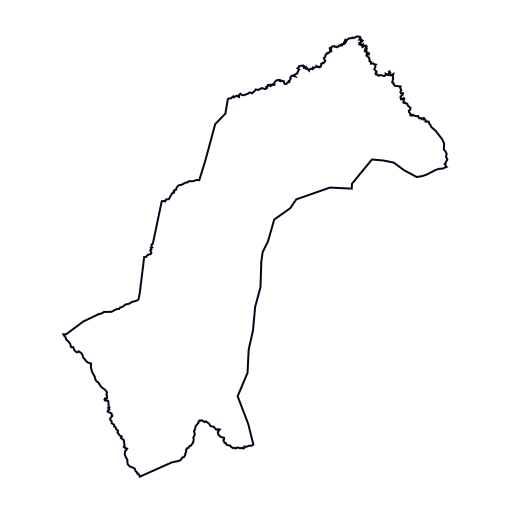 Bunkpurugu Nakpanduri, Northern, Ghana (Mercator projection), rotated 266°
{"feature_id": "2480657B78318361422462", "entity_name": "Bunkpurugu Nakpanduri", "entity_type": "district", "adm_level": 2, "iso_a3": "GHA", "parent_name": "Ghana", "parent_adm1": "Northern", "projection": "mercator", "projection_center": [0.012, 10.509], "detail": "fine", "context": "isolated", "style": "outline", "palette": "ink", "viewbox_px": 512, "rotation_deg": 266, "n_neighbors": 0, "source": "geoboundaries", "source_scale": "gbopen_adm2", "svg_char_len": 5994}
<svg xmlns="http://www.w3.org/2000/svg" viewBox="0 0 512 512"><g transform="rotate(266 256 256)"><path d="M463.5,359.4L462.2,359.5L462.5,358.6L461.2,358.3L461.4,356.7L460.2,356.5L460.5,355.1L460.0,355.1L460.1,353.5L459.1,352.9L459.2,351.9L458.7,351.1L459.3,350.4L459.1,349.3L460.0,348.7L459.5,346.3L458.3,345.7L458.6,344.8L458.1,344.0L456.5,344.5L456.8,345.1L455.0,345.4L455.1,344.0L454.1,343.5L453.3,342.3L453.6,341.2L452.4,340.7L452.2,339.6L449.6,338.8L448.8,337.4L445.6,338.7L443.8,336.8L444.0,335.9L443.3,335.7L443.1,334.4L441.4,334.2L440.1,333.5L439.8,332.3L440.4,332.2L440.4,330.9L441.3,329.6L440.3,329.5L440.0,327.4L438.8,325.9L439.6,325.7L438.6,325.0L439.0,323.7L438.1,322.1L437.3,321.8L439.6,320.2L439.1,319.7L440.0,318.0L441.0,318.5L440.6,316.9L441.6,316.9L442.1,316.0L442.5,316.7L442.8,316.4L442.4,312.3L441.7,312.2L440.3,310.5L439.0,312.1L436.3,310.1L435.4,310.0L433.8,306.4L432.5,307.5L433.4,304.5L432.6,303.3L431.5,302.7L430.9,303.1L428.4,301.6L428.2,300.9L427.3,301.3L426.5,298.9L425.6,298.4L425.6,296.6L427.0,295.9L428.3,296.1L429.1,293.8L428.5,293.0L429.0,291.8L429.9,292.0L430.1,290.4L429.7,288.6L428.0,286.7L426.8,286.2L425.5,286.4L425.4,285.2L426.2,284.5L425.4,283.0L424.9,283.2L424.5,282.5L425.4,281.9L425.2,281.3L425.9,281.4L425.6,279.6L423.5,278.8L423.6,278.1L422.6,278.4L421.9,276.7L423.1,273.6L421.5,269.7L422.2,267.4L420.5,266.0L418.5,263.3L419.3,262.3L419.4,260.4L418.4,259.3L417.2,254.7L417.7,253.0L418.9,251.8L417.5,250.1L415.8,250.2L415.9,249.5L417.2,248.9L416.9,246.7L415.7,245.0L416.0,244.3L416.7,244.2L414.9,241.7L415.1,239.7L414.3,238.8L400.2,235.4L390.4,224.5L355.0,212.2L335.6,204.7L336.0,202.1L335.0,198.5L335.3,194.3L334.2,192.8L334.1,190.8L332.2,186.7L332.2,185.0L331.6,183.4L329.9,181.7L327.7,180.8L327.6,179.4L326.4,178.4L325.9,179.0L324.7,178.3L324.5,176.8L318.8,173.0L318.7,170.3L316.8,169.2L317.3,168.5L317.2,165.8L276.0,154.1L274.9,153.5L274.8,152.7L272.6,152.3L271.8,153.0L271.5,151.7L269.7,152.1L269.2,151.0L268.7,151.0L266.5,151.9L265.2,151.0L265.1,149.3L263.9,147.1L262.7,146.5L262.8,144.4L226.9,137.4L221.0,135.8L219.9,134.2L218.6,128.4L217.5,127.0L216.6,122.1L215.0,120.1L213.9,116.7L212.7,115.6L212.8,113.4L210.4,107.8L210.8,100.4L209.3,97.7L209.2,95.5L202.7,79.1L191.1,61.1L191.3,58.4L189.4,59.3L188.2,60.4L186.1,60.7L183.6,63.1L180.8,64.7L178.3,65.0L177.7,65.9L177.9,67.2L174.7,68.2L173.3,69.4L172.3,70.9L173.3,72.6L171.1,75.1L169.3,76.1L166.9,76.5L163.3,79.1L161.6,80.6L160.2,84.0L156.4,83.5L151.6,84.5L146.9,86.7L143.9,87.2L142.2,88.1L141.0,89.7L136.0,92.6L133.5,95.7L130.9,97.7L130.2,97.9L128.5,97.1L127.0,97.6L124.6,97.5L124.2,96.4L124.5,95.6L123.3,94.8L122.4,95.3L121.9,98.4L121.5,98.5L116.5,98.6L115.3,99.2L114.7,97.9L113.2,99.0L111.8,97.2L111.2,97.1L110.4,97.8L110.1,99.4L108.7,101.1L107.4,100.9L106.5,101.6L104.3,99.3L102.8,99.1L101.3,100.3L99.1,100.5L97.7,102.6L95.8,102.6L95.3,103.9L93.6,104.1L91.2,106.2L89.4,105.5L88.9,106.2L86.6,107.3L85.3,109.5L83.9,108.5L81.7,111.2L75.5,111.7L74.8,110.8L73.9,111.5L72.8,114.0L71.7,113.3L70.7,111.9L67.2,111.2L64.2,112.1L61.9,113.4L57.7,113.3L55.7,114.6L54.4,116.1L53.6,118.4L52.1,120.4L49.7,120.8L48.9,121.9L47.3,122.4L47.0,123.5L46.1,123.4L45.3,124.5L44.0,124.8L55.9,157.4L57.1,165.2L57.9,166.7L60.2,168.6L60.4,170.1L62.5,171.6L63.8,171.6L65.4,172.7L67.8,172.7L68.3,173.6L69.0,173.8L69.4,175.4L70.9,176.2L71.4,177.9L74.4,180.3L77.4,181.1L79.4,180.8L81.2,182.1L82.7,182.5L85.7,181.9L86.7,182.8L90.5,183.9L93.6,187.0L94.8,187.1L95.9,188.4L95.5,189.4L95.9,190.3L93.9,193.3L94.5,194.5L91.9,197.6L89.7,198.6L88.5,202.0L85.7,204.0L85.8,205.3L85.4,205.8L85.8,206.6L85.4,207.8L83.2,205.6L79.8,206.2L77.8,208.6L76.9,211.4L75.8,211.5L74.4,210.6L72.0,211.5L71.3,213.0L70.5,212.9L69.4,214.1L68.5,217.2L67.3,217.8L66.0,219.7L66.1,221.8L65.4,222.2L66.3,224.6L65.3,226.7L65.6,228.6L64.8,229.8L65.2,230.8L66.7,231.0L66.4,233.6L67.2,235.7L67.1,238.4L68.1,240.2L88.7,236.6L117.4,227.9L140.0,239.4L163.3,242.2L181.9,247.8L205.3,251.6L224.6,258.3L250.0,260.9L259.4,262.9L269.8,269.0L291.1,276.7L301.3,293.5L309.7,300.1L319.1,334.6L316.5,356.2L321.4,356.8L344.2,378.4L342.4,389.6L339.6,399.9L331.1,409.9L323.6,421.8L324.0,426.7L325.1,431.4L329.4,441.4L330.3,445.5L330.1,448.1L331.6,452.2L332.2,451.4L333.3,451.7L334.7,450.6L335.4,451.5L339.0,453.6L341.6,452.5L344.8,453.3L347.3,452.2L349.2,450.8L355.2,451.5L359.6,449.8L368.4,443.9L372.4,439.9L374.6,439.1L375.9,438.0L378.1,437.6L378.0,435.4L378.6,435.2L378.5,434.5L379.4,434.7L381.3,433.7L380.6,432.8L381.9,432.2L381.1,430.7L381.9,430.6L382.1,428.3L384.4,427.4L384.2,426.3L385.0,423.4L385.9,422.5L385.3,421.6L385.8,421.1L385.9,420.6L385.4,420.3L385.8,419.7L386.9,420.1L389.0,418.6L390.3,418.7L391.1,420.0L393.2,420.4L395.1,418.2L397.3,417.5L397.9,415.7L399.4,415.4L398.3,415.1L398.7,413.8L400.5,413.9L402.3,414.9L403.2,414.4L402.4,413.2L402.7,412.5L402.1,412.0L402.2,411.5L403.0,411.6L404.0,411.1L405.3,411.7L406.3,413.2L407.7,414.0L408.3,413.8L408.0,412.2L408.9,411.6L409.9,411.5L411.2,412.5L413.9,411.5L415.0,412.0L416.1,406.5L417.9,405.1L418.8,405.3L419.7,404.0L423.6,405.3L425.5,404.8L428.0,405.7L426.9,402.7L428.9,402.1L429.7,402.7L430.9,402.0L430.5,401.4L429.5,401.6L428.3,400.7L427.3,400.6L427.5,399.7L428.8,398.0L427.2,397.8L426.6,396.5L427.9,392.4L427.2,390.9L428.6,389.8L428.4,389.0L429.1,388.0L429.9,388.0L431.3,389.2L434.0,387.0L436.6,388.4L438.0,387.9L438.6,388.7L438.9,387.5L439.8,386.6L439.9,384.0L441.4,384.3L442.5,382.8L444.0,383.2L445.0,382.5L445.9,382.7L448.2,380.1L449.6,380.8L449.1,382.5L449.5,382.9L450.7,382.6L451.0,380.6L452.9,380.5L452.4,379.2L453.0,378.7L455.0,379.6L454.9,380.7L455.5,381.0L457.0,379.9L457.5,380.9L458.1,380.7L458.4,378.2L456.9,377.0L457.3,376.6L459.4,377.2L459.0,376.6L459.3,375.0L459.9,375.2L460.3,373.6L461.2,373.9L461.6,375.4L463.0,375.5L462.8,376.7L463.4,377.4L464.6,376.1L464.7,374.2L466.5,375.4L467.3,375.0L468.0,372.4L466.5,368.2L467.2,367.4L466.5,365.7L466.6,364.0L465.8,362.5L464.3,361.1L465.2,360.9L465.5,360.2L465.0,359.9L463.4,360.5L463.5,359.4Z" fill="none" stroke="#020617" stroke-width="2"/></g></svg>